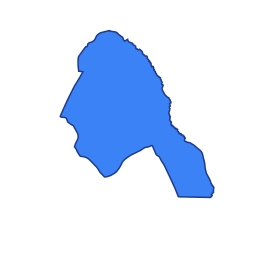 outline of Si Somdet, Roi Et, Thailand, rotated 155°
{"feature_id": "78962969B7638603864190", "entity_name": "Si Somdet", "entity_type": "district", "adm_level": 2, "iso_a3": "THA", "parent_name": "Thailand", "parent_adm1": "Roi Et", "projection": "mercator", "projection_center": [103.471, 16.03], "detail": "fine", "context": "isolated", "style": "filled", "palette": "blue", "viewbox_px": 256, "rotation_deg": 155, "n_neighbors": 0, "source": "geoboundaries", "source_scale": "gbopen_adm2", "svg_char_len": 5446}
<svg xmlns="http://www.w3.org/2000/svg" viewBox="0 0 256 256"><g transform="rotate(155 128 128)"><path d="M136.6,217.0L141.1,214.5L142.5,213.6L142.8,213.4L143.8,212.0L144.8,210.2L147.1,205.0L148.7,200.3L145.1,198.0L149.9,194.5L156.9,189.9L159.5,188.1L171.8,178.3L182.4,169.1L184.5,167.2L184.3,166.5L184.0,166.2L183.1,165.5L181.9,164.9L180.3,163.8L179.9,163.2L179.8,162.1L180.1,158.9L180.0,158.7L178.7,156.4L177.6,154.6L176.8,153.7L176.6,153.2L176.5,152.5L176.0,145.5L176.0,144.5L176.2,142.9L176.6,141.6L177.3,140.3L178.3,139.1L180.8,137.1L182.3,135.9L184.4,133.6L184.4,133.2L183.8,130.0L184.0,128.6L183.7,125.5L183.4,123.4L183.3,122.9L182.9,122.4L182.6,122.2L180.2,120.6L178.9,119.5L178.0,118.5L177.3,117.4L176.7,116.5L175.9,114.3L175.3,112.6L174.7,110.9L172.8,105.4L172.6,104.4L172.1,100.0L171.8,98.8L171.0,96.8L170.0,93.6L168.9,93.1L167.4,92.7L165.5,92.5L164.0,92.3L161.4,92.5L159.5,92.7L157.8,93.0L156.7,93.4L154.3,94.6L152.7,95.5L148.7,98.4L147.7,99.4L146.5,100.0L144.2,100.9L140.9,101.6L137.2,102.2L128.3,102.4L126.2,102.4L122.6,103.0L121.3,103.1L119.9,103.0L118.5,102.5L116.7,102.2L113.8,102.1L113.6,101.8L113.4,101.5L113.7,92.0L113.5,91.5L112.0,89.0L111.8,88.6L111.6,84.1L110.9,79.5L110.8,61.8L110.9,53.0L111.4,44.5L110.5,43.9L82.4,30.1L81.8,30.6L80.4,31.0L80.2,31.1L80.2,31.3L80.2,31.5L80.6,31.8L80.5,32.6L80.4,32.8L80.0,33.0L79.2,33.1L78.5,33.2L77.7,33.5L77.4,34.0L77.3,34.7L76.9,35.3L76.8,35.7L76.7,36.0L76.3,36.3L76.0,36.8L75.8,37.4L75.5,37.6L75.4,37.8L75.5,38.1L75.3,38.4L75.3,38.8L75.4,39.0L75.7,39.2L75.7,39.5L75.9,40.0L75.9,40.3L75.8,40.5L76.0,41.0L75.9,41.2L76.0,41.5L76.0,41.9L75.9,42.2L76.1,42.7L76.1,43.2L75.7,46.0L76.1,53.6L75.6,56.4L75.1,59.0L73.9,62.1L73.4,63.9L72.9,65.8L72.3,69.3L71.6,72.5L71.4,74.0L71.6,75.6L71.9,76.7L72.3,77.8L73.3,79.7L75.4,84.4L78.1,88.5L78.3,88.7L79.8,89.6L80.7,90.5L81.0,91.2L81.1,91.3L81.8,91.5L82.0,91.9L82.2,92.5L82.1,93.1L81.8,93.5L81.1,94.1L80.6,94.3L80.4,94.6L80.4,94.8L80.6,95.2L80.9,95.6L80.9,95.9L80.5,96.3L80.5,96.7L80.7,97.0L81.4,97.4L81.2,97.7L81.3,98.5L81.6,98.7L82.2,98.8L82.8,99.4L82.8,99.6L82.8,99.8L82.3,100.1L82.6,100.6L83.1,101.0L83.8,101.0L84.0,101.2L84.0,101.4L83.7,102.0L83.9,102.6L83.9,103.2L83.9,103.4L84.4,103.7L84.4,104.0L84.3,104.4L84.3,104.9L84.2,105.1L83.7,105.5L83.7,105.8L84.0,106.4L84.5,106.8L84.8,107.0L85.1,106.9L85.3,107.0L85.3,107.3L85.0,107.5L85.6,107.9L85.8,108.1L85.6,108.5L85.4,108.8L85.4,109.0L85.6,109.1L86.0,109.1L86.1,109.3L86.3,109.6L86.5,110.2L86.3,110.9L86.6,111.3L86.7,111.6L86.9,111.6L87.3,111.5L87.5,111.7L87.5,112.2L87.4,112.7L87.2,112.7L87.0,113.0L87.1,113.8L86.9,114.7L86.7,114.8L86.3,114.8L86.2,114.9L86.4,115.5L86.4,115.8L86.5,115.8L86.8,116.2L86.8,116.4L86.7,117.1L86.8,118.0L86.7,118.1L86.3,118.3L86.0,118.5L85.7,119.3L85.6,119.9L85.4,120.1L85.0,120.2L84.9,120.4L84.9,120.5L85.0,120.9L85.1,121.4L85.0,121.6L84.9,122.3L84.7,122.6L85.0,123.6L84.9,123.7L84.5,124.1L84.4,124.3L84.3,125.0L84.2,125.1L83.7,125.4L83.4,125.8L82.9,126.3L82.5,127.0L81.9,127.6L81.8,127.9L81.9,128.6L81.6,129.8L81.4,129.9L80.6,129.9L80.4,130.1L80.1,131.5L80.2,132.1L80.1,132.4L79.7,132.7L78.6,132.6L78.1,133.3L78.0,133.6L78.2,134.7L78.0,135.9L78.4,136.9L78.4,137.1L78.2,137.4L78.2,137.6L78.5,138.4L79.5,139.8L80.1,141.8L80.5,142.3L80.6,144.8L80.7,145.6L80.9,146.0L80.7,147.2L80.8,148.4L80.4,149.6L80.1,150.0L79.3,150.6L79.1,151.0L78.1,151.7L78.0,152.0L78.3,152.3L78.5,152.7L78.8,153.0L79.0,153.5L78.8,154.0L78.2,154.4L78.0,154.6L77.9,155.0L77.7,155.1L77.8,155.8L77.8,156.2L77.9,156.6L77.9,156.8L77.8,157.8L77.5,158.3L77.8,159.3L77.5,159.8L77.5,160.0L77.9,160.3L78.0,160.4L78.2,160.7L78.2,161.5L78.6,161.7L78.7,162.2L78.9,162.6L79.5,162.9L79.4,164.5L79.7,164.9L79.7,165.1L79.4,165.2L79.4,165.5L79.5,165.8L79.8,166.1L79.4,167.5L79.5,167.7L79.8,167.7L79.9,167.9L79.9,168.0L79.7,168.3L79.7,168.6L79.6,169.0L79.9,169.2L79.9,169.4L79.6,169.8L79.9,170.1L80.0,170.3L79.7,171.0L79.3,171.4L79.3,172.2L79.2,173.0L79.6,173.1L79.7,173.5L79.8,173.5L80.4,173.3L80.5,173.3L80.7,174.2L80.4,174.7L80.3,175.2L80.3,175.8L80.2,176.2L80.1,176.5L79.8,176.7L79.8,176.9L80.0,177.5L79.9,178.2L80.0,178.3L80.4,178.2L80.5,178.2L80.4,178.8L80.2,179.1L80.2,179.5L80.8,179.6L80.9,179.8L80.6,180.0L80.5,180.7L80.5,181.4L80.6,181.6L80.8,181.6L80.9,181.8L81.1,182.5L81.2,182.8L81.2,183.0L80.7,183.6L80.5,184.4L80.5,184.9L80.8,185.4L81.1,185.6L81.6,185.7L82.1,185.9L82.2,186.2L82.2,187.0L82.6,187.4L82.7,187.5L82.8,187.8L82.8,188.2L82.9,188.3L83.4,188.8L83.5,188.9L83.2,189.4L83.0,190.4L82.9,191.5L83.2,192.3L83.5,192.6L83.5,193.0L83.9,193.5L83.9,193.9L84.0,194.1L84.2,194.4L84.4,194.5L85.3,194.4L85.7,194.5L85.8,194.9L86.1,195.1L86.2,195.7L86.4,195.7L86.6,195.9L87.0,196.2L87.2,196.8L87.3,197.4L86.7,197.9L86.6,198.4L86.6,198.8L86.9,199.4L87.0,199.8L87.1,200.1L87.3,200.4L87.7,200.7L88.1,201.2L88.1,201.5L88.0,201.9L88.0,202.3L88.4,203.3L88.8,203.5L89.5,204.3L90.4,205.1L90.8,205.7L91.0,206.4L91.1,207.6L91.1,208.0L90.9,208.5L93.8,208.2L94.0,208.3L94.5,208.3L94.6,208.8L94.8,209.9L94.6,211.0L94.7,211.5L94.5,212.2L94.5,212.4L97.4,217.5L97.2,217.8L97.3,218.2L97.7,218.8L97.7,219.2L99.4,220.8L100.5,221.5L101.1,221.8L102.2,222.7L102.9,222.9L102.9,223.2L103.6,224.0L104.0,224.0L104.1,224.3L112.5,225.9L112.9,225.9L114.8,225.7L117.1,225.0L118.4,224.1L119.8,222.8L120.6,222.3L121.7,221.7L123.6,221.3L124.9,221.3L126.5,221.6L127.5,221.6L128.3,221.4L128.8,221.2L129.2,220.8L130.2,219.5L130.8,219.1L131.1,219.1L131.5,219.2L132.1,219.5L136.6,217.0Z" fill="#3b82f6" stroke="#1e3a8a" stroke-width="1.5"/></g></svg>